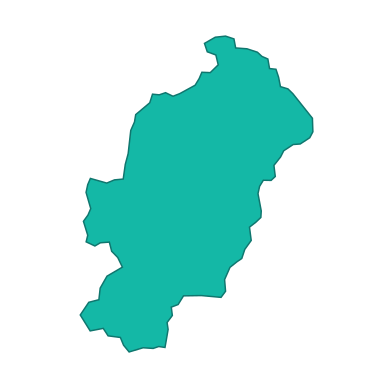 Tabaí, Rio Grande do Sul, Brazil, rotated 350°
{"feature_id": "56859067B50369544487045", "entity_name": "Tabaí", "entity_type": "district", "adm_level": 2, "iso_a3": "BRA", "parent_name": "Brazil", "parent_adm1": "Rio Grande do Sul", "projection": "orthographic", "projection_center": [-51.732, -29.667], "detail": "fine", "context": "isolated", "style": "filled", "palette": "teal", "viewbox_px": 384, "rotation_deg": 350, "n_neighbors": 0, "source": "geoboundaries", "source_scale": "gbopen_adm2", "svg_char_len": 1314}
<svg xmlns="http://www.w3.org/2000/svg" viewBox="0 0 384 384"><g transform="rotate(350 192 192)"><path d="M131.1,153.2L126.5,167.3L117.7,166.6L109.6,168.4L94.3,161.0L90.6,166.6L87.6,174.0L89.4,190.8L85.5,196.7L80.0,202.0L81.8,216.5L79.1,222.7L87.0,228.3L92.9,226.1L101.9,227.0L102.6,236.4L107.5,243.6L110.4,253.9L93.7,260.1L84.9,270.7L81.6,281.9L71.2,282.7L60.6,293.7L67.6,311.1L80.9,310.9L84.4,319.1L96.2,322.8L98.0,331.0L102.3,338.6L116.8,336.9L126.6,339.3L132.4,338.4L138.4,340.4L140.6,334.4L144.6,323.2L144.8,316.2L151.2,310.2L151.6,301.8L158.8,300.4L165.6,292.8L183.2,295.6L202.3,300.8L207.8,295.6L208.9,283.9L216.3,272.8L224.0,268.6L229.5,266.1L234.0,257.7L241.9,250.0L242.5,236.6L249.7,232.8L255.4,229.0L256.9,222.7L256.7,205.1L259.6,198.1L264.3,192.8L271.9,194.3L276.7,191.2L277.3,180.0L285.3,172.9L289.5,167.3L299.9,162.8L306.9,163.5L317.4,159.0L321.5,153.7L323.4,140.3L308.4,112.7L304.4,107.1L297.4,103.6L297.2,94.0L296.0,85.7L289.8,83.9L289.8,74.2L284.4,70.6L280.7,65.7L271.0,60.5L260.0,57.7L259.9,48.5L252.1,44.3L241.8,43.6L230.1,47.8L231.4,56.6L239.3,61.2L239.9,71.3L230.7,77.6L222.5,75.8L218.8,81.5L213.6,87.4L197.0,93.0L189.9,94.4L183.2,89.6L176.6,90.6L170.1,88.8L165.9,96.8L150.0,106.0L147.5,113.1L142.4,120.7L135.8,143.1L131.1,153.2Z" fill="#14b8a6" stroke="#0f766e" stroke-width="1.5"/></g></svg>